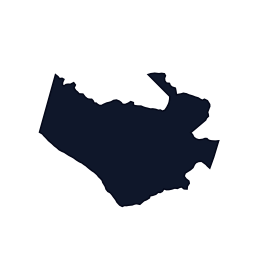 Aguiar, Paraíba, Brazil, rotated 215°
{"feature_id": "56859067B16388053496765", "entity_name": "Aguiar", "entity_type": "district", "adm_level": 2, "iso_a3": "BRA", "parent_name": "Brazil", "parent_adm1": "Paraíba", "projection": "natural_earth1", "projection_center": [-38.219, -7.086], "detail": "fine", "context": "isolated", "style": "filled", "palette": "ink", "viewbox_px": 256, "rotation_deg": 215, "n_neighbors": 0, "source": "geoboundaries", "source_scale": "gbopen_adm2", "svg_char_len": 2425}
<svg xmlns="http://www.w3.org/2000/svg" viewBox="0 0 256 256"><g transform="rotate(215 128 128)"><path d="M198.1,73.8L194.6,74.1L192.6,73.5L190.2,73.1L188.3,72.7L185.9,72.1L183.6,71.9L181.2,71.7L178.1,71.2L175.0,71.1L171.8,70.7L168.6,71.1L166.3,71.6L162.5,71.7L160.5,71.8L157.6,72.2L155.4,72.4L151.7,72.3L148.4,72.5L145.8,73.0L143.1,72.9L140.9,73.0L138.1,72.7L135.5,72.5L132.6,72.4L130.8,72.5L128.5,72.3L126.3,72.0L124.2,71.3L121.5,70.9L119.1,70.3L117.3,68.9L115.4,68.1L113.0,67.0L110.8,65.3L108.1,64.5L105.3,64.8L102.9,64.2L100.7,63.4L98.2,62.6L96.5,62.0L94.6,61.0L92.5,60.5L90.6,60.1L87.7,60.5L86.6,62.4L84.7,63.6L83.1,65.2L80.5,67.4L78.9,69.7L77.5,71.0L74.5,72.3L73.8,75.3L73.3,77.4L71.7,79.9L70.4,83.0L71.1,85.0L69.1,87.1L67.2,89.7L66.5,92.6L64.6,93.7L63.6,95.7L63.7,98.7L61.2,99.5L59.1,101.1L57.1,103.2L55.3,105.6L52.8,106.9L51.8,108.8L50.4,110.5L47.2,110.3L44.6,111.9L46.0,114.4L46.1,117.8L47.7,119.4L51.3,119.6L54.4,120.7L55.3,123.9L54.1,126.8L52.9,129.6L52.1,132.8L52.7,136.3L52.5,138.6L51.0,141.1L48.6,143.0L43.2,142.9L41.1,142.4L38.0,142.0L41.1,153.3L46.4,169.5L48.7,167.5L50.9,166.1L52.8,165.0L55.1,164.2L57.3,164.6L58.9,163.6L60.3,161.5L63.1,159.0L65.8,158.1L68.7,158.1L71.5,159.6L74.0,160.1L69.0,179.1L69.4,181.1L68.9,183.8L70.3,185.3L71.9,186.6L72.9,190.4L73.4,192.6L74.7,194.2L78.6,195.9L81.9,195.4L83.0,193.3L85.2,193.0L87.7,192.9L91.0,191.8L93.2,191.3L95.1,190.7L97.1,190.0L99.7,189.5L102.6,188.2L103.9,186.5L105.9,184.5L107.4,183.0L109.8,185.6L112.1,187.8L115.3,186.8L117.7,187.0L119.7,188.3L122.3,186.8L124.9,187.7L126.7,189.7L127.3,192.3L129.3,193.3L131.8,192.0L133.8,190.2L137.5,188.2L140.4,185.6L142.2,183.3L111.9,177.9L110.4,175.6L109.1,172.8L108.5,170.7L108.0,167.1L108.0,163.7L109.5,161.5L111.8,161.3L113.3,159.9L115.9,159.2L118.6,157.9L120.5,156.4L123.5,155.3L125.4,154.5L127.5,153.9L129.9,153.4L132.6,151.6L135.0,150.3L136.8,149.9L138.2,151.9L140.9,151.2L141.9,148.6L143.8,145.6L146.2,144.2L148.1,144.9L150.6,145.0L153.5,144.3L155.6,142.3L156.7,139.9L158.1,138.1L159.8,136.2L161.5,133.4L162.6,131.2L164.3,130.1L166.4,129.9L168.4,130.1L169.9,129.0L172.3,130.3L174.2,130.7L176.6,129.1L178.3,128.6L181.0,128.8L184.4,129.9L187.6,127.9L190.0,128.5L192.4,128.7L195.3,129.9L195.8,133.1L198.5,134.0L200.2,130.8L202.3,129.4L203.7,128.1L204.6,125.7L206.5,125.7L207.8,128.0L208.4,131.1L210.5,130.9L212.4,129.1L214.8,129.9L218.0,130.1L198.1,73.8Z" fill="#0f172a" stroke="#020617" stroke-width="1.5"/></g></svg>